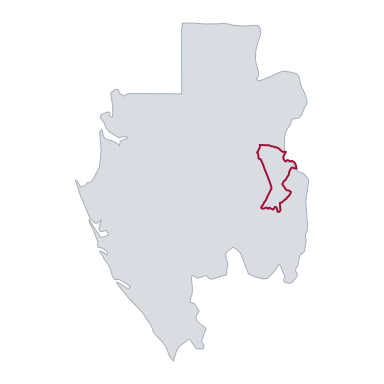 Sèbè-Brikolo, Haut-Ogooué, Gabon shown in context
{"feature_id": "22940354B60180935649619", "entity_name": "Sèbè-Brikolo", "entity_type": "district", "adm_level": 2, "iso_a3": "GAB", "parent_name": "Gabon", "parent_adm1": "Haut-Ogooué", "projection": "equal_earth", "projection_center": [13.691, -0.557], "detail": "fine", "context": "in_parent", "style": "outline", "palette": "rose", "viewbox_px": 384, "rotation_deg": 0, "n_neighbors": 0, "source": "geoboundaries", "source_scale": "gbopen_adm2", "svg_char_len": 6254}
<svg xmlns="http://www.w3.org/2000/svg" viewBox="0 0 384 384"><path d="M260.7,30.7L260.5,34.5L257.3,43.8L255.8,51.0L255.4,58.6L256.3,64.7L257.8,69.1L258.8,73.9L258.0,77.2L256.5,78.6L257.5,80.3L259.9,80.7L263.8,79.3L269.9,76.7L277.9,73.0L283.2,71.0L291.8,72.3L296.5,73.7L298.8,76.3L301.4,87.2L302.7,88.9L304.8,93.6L306.5,99.2L306.9,102.0L306.7,104.1L304.9,107.1L302.9,111.5L302.2,114.2L300.6,116.2L298.5,118.2L292.7,119.0L291.8,120.2L290.2,124.9L287.1,128.9L285.7,132.7L284.5,137.8L284.7,144.1L284.1,153.1L283.5,159.2L285.0,161.4L292.0,162.8L293.3,164.1L295.1,167.8L297.5,171.4L303.8,173.6L306.3,176.4L308.3,179.3L308.6,181.8L307.1,191.6L305.7,201.0L306.3,208.2L306.8,215.0L307.5,225.0L307.2,231.1L305.4,234.8L305.4,237.7L306.2,241.2L304.6,250.9L303.6,252.5L300.8,254.3L299.3,256.9L298.8,261.0L297.3,266.6L295.7,268.7L295.7,271.3L297.2,273.2L297.2,276.1L294.4,279.6L292.7,282.2L288.9,283.5L284.6,282.2L283.6,280.2L284.6,277.2L284.3,274.8L282.8,272.3L280.5,265.8L278.4,264.4L277.3,267.1L273.8,272.0L267.6,278.4L263.2,278.9L255.2,276.9L248.5,273.9L245.3,266.4L243.4,260.3L240.5,253.2L237.3,249.8L233.8,247.6L232.3,247.5L227.4,251.4L225.9,253.0L225.9,256.3L226.4,259.5L227.1,261.0L227.8,263.0L227.7,266.1L226.8,270.2L226.5,274.8L211.1,279.3L208.4,277.7L206.5,275.6L204.2,276.0L197.5,278.3L195.0,276.7L192.6,275.5L191.5,276.5L191.4,278.4L192.5,289.2L192.2,293.3L190.6,298.7L189.9,302.3L194.0,303.3L195.4,305.0L196.9,307.8L198.8,310.3L199.0,311.8L196.7,314.6L196.0,318.1L197.0,320.8L199.8,323.6L203.9,326.6L205.9,328.5L205.7,330.3L203.8,334.0L203.1,337.2L201.8,340.1L202.1,342.7L203.9,345.2L203.7,347.4L202.5,349.0L199.9,348.7L197.8,348.9L195.9,348.2L189.9,339.7L188.5,339.5L179.8,346.0L177.7,348.7L175.9,352.6L173.5,361.0L169.5,356.1L166.1,347.2L162.1,341.7L153.7,332.8L151.5,326.3L141.9,311.9L128.1,297.5L118.1,285.0L116.6,282.3L118.3,282.6L127.9,288.8L129.2,288.1L130.3,286.7L126.2,283.5L122.2,280.9L118.5,279.3L114.8,279.5L112.7,276.8L111.3,272.8L110.6,269.4L109.0,265.8L103.7,258.4L102.4,255.5L99.5,251.6L101.3,251.1L107.0,254.8L107.5,253.3L107.0,251.1L101.3,247.6L98.2,247.4L97.5,244.9L97.9,242.0L93.8,231.2L89.6,223.1L88.9,219.3L100.3,236.9L101.8,237.2L103.9,237.0L108.6,235.0L107.7,232.7L105.5,230.2L103.5,231.3L100.8,231.6L99.4,230.5L98.8,228.7L101.4,220.2L100.3,220.6L99.4,222.1L97.9,222.9L95.7,223.3L90.1,218.7L85.1,206.4L83.8,203.9L82.5,199.6L81.1,197.8L75.4,180.3L77.6,181.6L80.2,186.7L85.3,185.6L87.2,182.7L89.0,182.8L90.7,182.1L92.9,179.3L99.4,167.3L101.1,151.3L100.5,141.9L99.6,132.5L101.7,129.5L102.6,131.5L103.0,134.8L104.0,137.3L106.3,139.5L110.6,140.1L117.2,143.5L119.6,145.8L120.2,141.3L127.8,137.6L125.5,136.2L118.8,137.7L109.5,132.1L106.4,128.5L103.5,121.7L100.5,118.2L100.7,115.0L107.4,112.0L109.2,112.4L109.9,115.9L111.7,117.3L112.4,116.8L112.7,113.8L112.7,105.8L110.7,94.3L111.3,92.1L113.1,91.3L114.7,89.7L115.9,89.5L118.1,89.7L119.3,92.4L119.9,93.9L122.1,94.6L124.0,96.0L125.6,95.6L127.0,93.9L128.9,93.6L135.0,93.6L140.5,93.6L151.5,93.7L162.4,93.7L173.4,93.8L181.7,93.8L181.6,87.2L181.6,77.1L181.5,65.1L181.5,53.6L181.5,42.9L181.4,30.4L181.9,26.8L182.4,25.3L182.2,23.2L190.7,23.0L206.1,24.0L212.8,23.8L214.7,24.0L223.1,23.4L229.9,24.2L232.7,25.1L235.3,25.5L243.5,26.1L254.1,25.4L257.7,25.5L259.7,27.3L260.7,30.7Z" fill="#d9dde1" stroke="#a8b0b8" stroke-width="1"/><path d="M259.9,145.0L259.9,146.1L259.9,147.1L259.8,147.6L259.4,148.3L259.0,149.1L258.6,149.7L258.3,150.4L258.1,150.9L257.7,151.6L257.4,152.2L257.1,152.5L257.3,152.8L257.6,152.9L257.8,153.1L258.1,153.7L258.2,154.7L258.3,155.8L258.4,157.4L258.6,158.5L258.9,158.7L259.3,158.8L259.7,158.8L260.1,159.0L260.5,159.3L260.8,159.8L261.1,160.3L261.8,161.8L263.2,165.0L264.8,169.6L266.7,174.1L268.7,179.4L270.9,185.3L271.3,186.7L271.4,187.8L271.4,188.6L271.0,189.3L270.3,190.8L268.9,193.6L267.8,195.7L267.4,196.5L267.0,197.6L266.5,198.7L266.1,199.6L265.8,200.3L265.4,200.8L264.2,202.4L263.8,203.1L263.5,203.8L263.2,204.5L262.8,205.2L262.4,205.4L261.8,206.2L261.5,206.8L261.2,207.5L261.3,208.0L261.6,208.2L261.9,208.4L262.2,208.6L262.5,208.7L262.8,208.6L263.2,208.5L263.6,208.5L264.0,208.5L264.4,208.3L264.8,208.1L265.4,207.9L266.0,207.6L266.6,207.6L267.0,207.9L267.3,208.2L267.8,208.6L268.1,208.6L268.5,208.5L268.7,208.3L268.9,208.1L269.3,207.7L269.7,207.7L270.0,207.9L270.3,208.3L270.6,208.5L271.0,208.7L271.5,208.9L272.2,209.0L272.7,209.3L273.0,209.5L273.2,209.3L273.6,209.0L274.1,208.6L274.3,208.0L274.6,207.3L274.8,207.0L275.3,207.0L275.8,207.1L276.3,207.4L276.6,207.7L276.8,208.3L277.0,209.1L277.2,210.0L277.4,210.6L277.5,211.1L277.6,211.7L278.0,211.9L278.9,211.8L279.4,211.8L279.8,211.1L280.2,210.6L280.4,210.2L280.5,209.6L280.4,209.1L280.2,208.4L280.2,207.9L280.1,206.7L280.1,205.6L280.0,204.5L280.0,202.9L280.6,202.7L281.4,202.6L282.0,202.3L282.9,201.5L283.6,200.8L284.5,199.9L285.1,199.6L286.1,199.0L286.6,198.3L287.5,197.0L288.4,196.5L288.8,196.2L289.0,195.7L289.4,195.0L290.3,193.6L290.6,193.2L290.8,192.5L290.8,191.9L290.3,191.6L289.8,191.2L289.2,190.7L288.6,190.5L288.0,190.3L287.0,190.3L286.3,190.0L282.8,185.0L282.4,184.4L282.4,184.0L282.7,183.3L284.3,180.7L284.9,180.3L285.3,180.1L285.9,179.5L287.3,176.7L287.8,176.1L288.2,175.7L288.7,175.1L288.9,173.6L289.1,172.6L289.4,171.5L289.8,170.7L290.5,169.3L291.1,168.3L291.5,167.8L292.1,167.6L293.0,167.7L293.5,168.0L294.2,168.3L294.8,168.4L296.5,168.4L296.4,168.0L296.3,167.4L296.1,166.4L296.0,165.9L295.8,165.2L295.5,164.2L295.1,163.4L294.8,162.8L294.1,162.2L293.4,161.6L292.7,161.3L292.1,161.0L291.5,160.9L291.1,161.0L290.7,161.1L290.2,161.3L289.8,161.2L289.5,161.1L289.3,160.9L289.1,160.7L288.6,160.5L288.2,160.3L287.6,160.2L287.0,160.2L286.7,160.5L286.2,161.1L285.9,161.3L285.5,161.3L285.2,161.2L284.9,160.9L284.6,160.5L284.2,159.8L283.8,159.3L283.5,158.8L283.4,158.4L283.4,157.9L283.4,157.2L283.4,156.6L283.6,156.1L283.9,155.6L284.2,155.0L284.6,154.3L284.9,153.7L285.2,153.0L285.6,152.3L285.8,152.0L285.8,151.9L284.2,151.9L282.8,151.9L282.5,151.6L281.9,151.3L281.5,151.1L281.1,150.6L280.5,150.1L280.0,149.6L279.0,148.7L278.3,148.2L277.6,147.8L277.3,147.7L276.9,147.4L276.3,147.4L275.8,147.4L275.3,147.3L274.6,147.0L274.2,146.8L273.7,146.6L272.3,146.4L271.5,146.3L270.9,146.1L270.0,145.7L269.6,145.4L269.1,145.3L265.7,145.2L263.1,145.1L260.4,145.0L259.9,145.0Z" fill="none" stroke="#9f1239" stroke-width="2"/></svg>